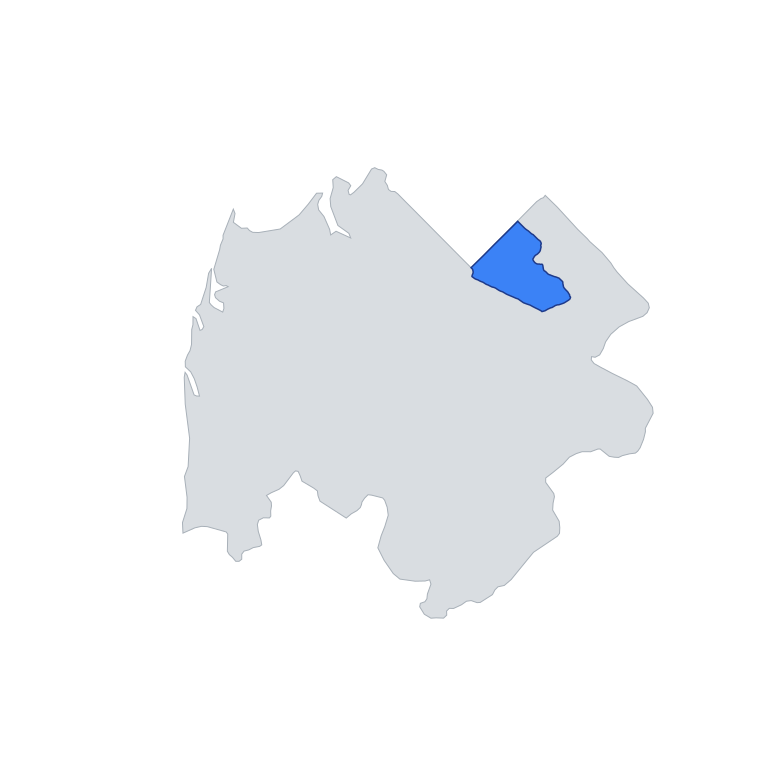 Woleu, Wouleu-Ntem, Gabon (highlighted), rotated 45°
{"feature_id": "22940354B4497534497521", "entity_name": "Woleu", "entity_type": "district", "adm_level": 2, "iso_a3": "GAB", "parent_name": "Gabon", "parent_adm1": "Wouleu-Ntem", "projection": "orthographic", "projection_center": [11.911, 1.389], "detail": "fine", "context": "in_parent", "style": "filled", "palette": "blue", "viewbox_px": 768, "rotation_deg": 45, "n_neighbors": 0, "source": "geoboundaries", "source_scale": "gbopen_adm2", "svg_char_len": 5716}
<svg xmlns="http://www.w3.org/2000/svg" viewBox="0 0 768 768"><g transform="rotate(45 384 384)"><path d="M519.6,147.5L519.2,153.1L512.9,166.8L509.9,177.3L509.2,188.5L510.9,197.5L514.0,203.9L515.9,210.9L514.4,215.8L511.4,217.9L513.5,220.4L518.1,221.0L525.9,218.8L537.9,215.1L553.7,209.7L564.1,206.7L581.2,208.6L590.3,210.6L595.0,214.4L600.1,230.5L602.6,232.9L606.7,239.7L610.2,248.0L610.9,252.1L610.6,255.1L607.1,259.6L603.2,266.1L601.8,270.1L598.5,273.0L594.4,275.9L582.9,277.1L581.2,278.8L578.0,285.8L572.0,291.7L569.2,297.2L566.8,304.7L567.3,313.9L566.0,327.1L564.8,336.1L567.8,339.2L581.5,341.4L584.2,343.2L587.8,348.7L592.4,353.9L604.9,357.2L609.8,361.2L613.7,365.5L614.2,369.1L611.4,383.5L608.7,397.3L609.7,407.8L610.7,417.8L612.2,432.4L611.5,441.4L608.0,446.8L608.0,451.1L609.6,456.2L606.5,470.4L604.4,472.8L598.8,475.5L595.9,479.3L594.9,485.3L591.9,493.5L588.8,496.5L588.8,500.3L591.8,503.1L591.7,507.4L586.2,512.5L582.8,516.4L575.3,518.3L566.8,516.3L564.8,513.4L566.9,509.0L566.2,505.5L563.2,501.8L558.7,492.3L554.7,490.2L552.4,494.2L545.5,501.4L533.2,510.7L524.6,511.5L508.8,508.6L495.5,504.2L489.3,493.3L485.4,484.3L479.8,473.8L473.4,468.9L466.6,465.7L463.6,465.5L453.9,471.3L451.0,473.6L451.0,478.5L451.9,483.1L453.4,485.3L454.6,488.2L454.4,492.7L452.7,498.8L452.1,505.5L421.6,512.1L416.4,509.7L412.5,506.7L407.9,507.3L394.7,510.7L389.9,508.3L385.1,506.5L382.9,508.0L382.7,510.9L384.9,526.7L384.2,532.7L381.2,540.5L379.7,545.9L387.8,547.3L390.7,549.8L393.5,553.8L397.4,557.5L397.7,559.7L393.3,563.9L391.7,568.9L393.8,572.9L399.3,577.1L407.4,581.4L411.3,584.2L410.9,586.7L407.2,592.2L405.7,596.9L403.2,601.1L403.7,604.9L407.3,608.5L406.9,611.8L404.5,614.2L399.5,613.7L395.3,614.0L391.5,613.0L379.6,600.6L377.0,600.2L359.9,609.8L355.6,613.7L352.0,619.4L347.3,631.6L339.5,624.5L332.7,611.4L324.9,603.4L308.3,590.5L303.9,580.9L284.9,559.8L257.7,538.8L238.0,520.5L235.1,516.4L238.4,516.9L257.4,526.0L260.0,525.0L262.1,523.0L253.9,518.2L246.1,514.4L238.8,512.1L231.4,512.3L227.3,508.4L224.6,502.5L223.2,497.5L220.0,492.2L209.5,481.4L207.0,477.2L201.3,471.4L204.8,470.7L216.0,476.2L216.9,474.0L216.0,470.8L204.7,465.6L198.6,465.2L197.2,461.6L198.1,457.4L190.0,441.5L181.7,429.7L180.3,424.1L202.9,449.9L205.9,450.3L209.8,450.1L219.1,447.2L217.4,443.8L213.2,440.1L209.1,441.8L203.8,442.1L201.0,440.6L199.8,437.9L205.0,425.4L202.8,426.0L201.1,428.3L198.2,429.3L193.7,430.0L182.6,423.3L172.8,405.2L170.2,401.5L167.6,395.2L165.0,392.6L153.8,366.9L158.1,368.8L163.2,376.2L173.1,374.7L177.0,370.4L180.4,370.6L183.9,369.6L188.3,365.5L201.0,347.8L204.4,324.5L203.3,310.6L201.4,296.8L205.6,292.4L207.3,295.3L208.1,300.2L210.1,303.9L214.7,307.1L223.1,308.0L236.2,313.1L240.9,316.3L242.1,309.9L257.2,304.3L252.6,302.3L239.3,304.5L220.9,296.2L214.8,291.0L209.2,281.0L203.3,275.8L203.7,271.1L216.8,266.8L220.3,267.3L221.7,272.5L225.3,274.6L226.6,273.9L227.2,269.5L227.3,257.7L223.2,240.8L224.5,237.6L228.1,236.4L231.3,234.2L233.5,233.7L238.0,234.2L240.2,238.1L241.4,240.2L245.9,241.2L249.6,243.3L252.8,242.8L255.5,240.3L259.3,239.8L271.3,239.9L282.2,239.9L303.9,240.0L325.5,240.1L347.2,240.2L363.5,240.2L363.5,230.6L363.4,215.7L363.3,198.1L363.2,181.2L363.1,165.6L363.0,147.1L363.9,141.8L365.0,139.6L364.6,136.6L381.4,136.4L411.7,137.7L425.0,137.5L428.7,137.8L445.3,136.9L458.7,138.0L464.4,139.3L469.6,140.0L485.6,140.8L506.6,139.7L513.7,140.0L517.7,142.5L519.6,147.5Z" fill="#d9dde1" stroke="#a8b0b8" stroke-width="1"/><path d="M363.5,174.4L363.5,177.5L363.5,192.8L363.4,207.4L363.5,222.3L363.3,240.2L364.1,240.2L365.1,240.2L365.8,240.4L366.6,240.9L367.8,241.7L368.3,242.3L368.7,242.9L369.0,243.7L369.3,244.4L369.6,245.0L370.0,245.6L370.2,245.8L370.8,245.8L371.6,245.6L372.5,245.5L373.5,245.4L375.2,244.8L376.7,244.0L378.6,243.5L380.5,242.8L381.4,242.3L382.3,242.0L384.1,241.6L385.2,241.4L386.1,241.1L387.0,240.7L387.8,240.3L389.0,240.0L390.1,239.6L391.6,239.1L392.3,238.7L393.6,237.9L394.6,237.5L395.5,237.2L396.8,237.0L398.1,236.7L399.4,236.4L401.3,235.7L402.3,235.1L403.2,234.8L403.9,234.7L404.7,234.4L405.8,234.2L407.5,233.7L411.2,232.2L413.9,231.1L416.8,230.0L417.9,229.4L418.8,229.0L421.4,228.6L425.2,227.9L428.5,226.4L431.5,224.9L434.3,224.1L437.4,223.1L439.9,222.2L441.9,221.6L442.5,221.4L443.3,221.2L444.5,221.1L446.1,218.3L446.5,216.7L447.0,214.9L447.6,213.4L448.0,212.2L448.7,211.2L449.0,210.1L449.3,208.9L449.5,207.9L450.0,206.6L450.3,206.1L450.8,205.2L451.6,204.4L452.4,202.8L453.4,200.8L454.1,199.1L454.4,197.8L454.8,196.1L455.2,194.3L455.4,192.7L455.0,191.6L454.5,190.7L453.9,190.6L453.3,190.6L452.8,190.3L452.4,189.8L451.2,189.5L450.1,189.3L449.3,189.0L447.8,188.9L445.9,188.9L444.3,188.8L442.8,188.6L441.8,188.1L440.7,187.3L439.5,186.6L438.8,185.9L438.2,185.4L437.3,185.3L435.9,185.3L435.1,185.4L434.3,185.4L433.7,185.3L432.9,185.4L431.8,185.9L430.8,186.3L429.8,186.8L428.3,187.7L426.9,188.3L425.4,189.0L424.3,189.4L423.5,189.9L421.9,190.3L419.7,190.2L418.3,190.3L417.5,190.6L416.7,190.6L416.2,190.4L415.6,190.1L414.7,189.5L413.9,188.9L412.9,188.2L412.2,187.7L411.4,187.5L411.0,187.6L410.7,187.9L410.4,188.4L409.9,188.8L408.9,189.4L408.3,190.1L407.6,190.7L406.5,191.2L404.9,191.5L403.9,191.4L402.6,191.2L402.0,191.0L401.2,190.6L400.9,190.3L400.7,189.4L400.4,188.4L400.1,187.0L400.1,186.1L400.2,185.2L400.5,184.3L400.6,183.3L400.6,182.2L400.6,181.0L400.4,179.9L400.0,178.9L399.6,178.3L399.1,177.6L398.7,176.9L398.2,176.1L397.4,175.5L397.0,175.4L396.5,174.8L396.4,174.4L396.2,173.9L395.7,173.4L395.2,173.1L394.5,172.9L393.9,172.6L393.7,172.5L392.2,172.6L391.4,172.8L390.2,172.9L389.3,172.9L387.2,172.9L385.1,172.9L383.8,172.9L382.7,173.3L381.7,173.5L379.6,173.6L377.8,173.7L376.4,174.0L374.5,174.3L373.0,174.4L369.1,174.4L365.5,174.4L363.5,174.4Z" fill="#3b82f6" stroke="#1e3a8a" stroke-width="1.5"/></g></svg>